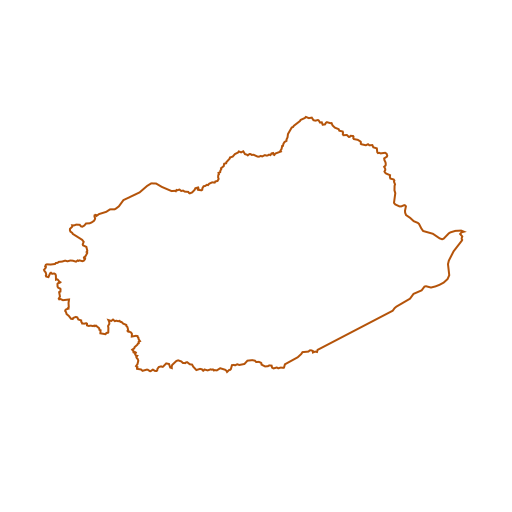 the district of Lacar, Neuquén, Argentina, rotated 332°
{"feature_id": "61730980B88853023630124", "entity_name": "Lacar", "entity_type": "district", "adm_level": 2, "iso_a3": "ARG", "parent_name": "Argentina", "parent_adm1": "Neuquén", "projection": "equal_earth", "projection_center": [-71.392, -40.311], "detail": "fine", "context": "isolated", "style": "outline", "palette": "amber", "viewbox_px": 512, "rotation_deg": 332, "n_neighbors": 0, "source": "geoboundaries", "source_scale": "gbopen_adm2", "svg_char_len": 6065}
<svg xmlns="http://www.w3.org/2000/svg" viewBox="0 0 512 512"><g transform="rotate(332 256 256)"><path d="M351.0,368.5L353.9,367.1L356.2,366.6L371.9,366.0L377.3,363.4L386.1,364.1L390.4,362.1L391.9,362.5L395.7,366.0L400.2,367.1L404.4,367.6L409.2,367.6L414.3,366.3L417.6,363.7L421.7,353.3L424.1,350.6L432.7,344.6L444.9,339.1L445.6,338.6L445.6,337.5L446.0,336.8L447.3,335.6L446.6,332.4L448.6,331.6L450.9,332.1L449.1,329.9L443.8,327.4L438.7,326.4L436.9,326.5L429.8,328.8L428.2,328.6L426.4,326.6L422.6,319.4L415.3,312.4L414.9,309.2L415.0,304.2L414.4,302.7L411.6,299.3L410.0,294.7L407.7,290.3L408.0,287.8L408.8,286.0L411.7,282.5L411.4,281.3L410.8,280.7L407.6,280.4L406.0,279.6L403.2,275.9L402.8,274.3L402.9,273.7L408.5,265.9L409.1,263.0L411.3,259.1L412.4,258.0L412.7,255.2L413.6,254.3L413.5,253.1L411.0,250.7L411.3,249.1L412.3,247.6L409.6,244.3L409.1,242.9L409.1,241.7L410.6,240.7L411.1,239.3L411.0,237.4L412.9,236.9L413.7,235.8L414.3,234.2L414.4,231.6L415.0,230.0L418.3,229.7L419.0,229.0L419.3,227.0L418.5,225.5L414.2,223.9L413.3,222.8L412.0,222.4L411.8,221.3L413.2,217.7L410.6,215.1L410.8,212.7L408.1,211.5L407.4,209.9L405.0,209.8L401.4,206.7L401.2,206.2L402.1,204.5L401.9,203.8L400.4,201.2L397.3,198.7L397.2,197.6L398.1,196.5L398.1,195.7L396.0,194.3L394.7,194.8L393.9,194.5L393.0,191.8L389.9,190.4L389.8,189.2L390.7,188.1L391.0,186.8L388.4,184.5L388.5,182.8L385.9,179.7L384.9,176.7L385.1,174.1L384.1,173.7L381.4,171.1L380.3,171.2L378.7,172.2L376.5,171.4L376.8,168.8L375.2,168.3L375.0,165.8L374.5,165.0L372.0,164.4L370.5,163.1L370.2,160.0L367.4,159.1L365.3,156.6L363.9,157.1L359.3,156.8L358.1,157.5L350.5,158.8L349.3,159.5L347.9,159.3L341.5,163.3L339.5,166.1L337.7,167.4L336.9,168.7L334.8,168.7L333.0,169.7L331.5,171.4L330.8,171.1L328.8,173.5L326.9,174.6L327.0,175.4L321.1,174.6L319.6,175.4L319.0,174.5L319.4,173.1L317.9,172.7L316.1,173.7L315.1,172.6L313.5,172.7L312.3,172.2L311.2,171.1L308.2,171.0L307.2,169.9L305.2,169.7L304.0,168.9L301.4,165.5L299.6,164.7L299.1,163.5L298.1,162.9L296.0,163.3L295.5,162.2L294.1,160.9L293.9,157.6L291.5,157.5L289.9,155.6L288.8,156.2L285.2,156.1L282.1,157.3L279.2,156.8L278.6,157.6L273.8,159.3L273.2,160.1L271.2,159.6L269.7,161.5L266.3,162.1L266.1,163.0L264.6,163.9L263.7,165.2L261.9,165.0L261.6,166.5L260.7,166.8L259.5,168.7L259.2,170.4L257.2,171.7L255.1,171.1L254.0,171.8L251.9,170.4L248.6,170.2L246.9,170.9L246.1,170.1L243.9,170.3L242.5,169.8L240.5,171.0L239.6,172.3L238.7,172.4L235.8,170.3L235.8,169.8L237.0,169.2L237.1,168.3L234.3,167.7L232.8,168.8L229.4,169.9L226.9,169.6L226.5,169.1L226.3,167.6L223.3,165.7L222.3,164.0L220.5,163.5L219.6,161.4L217.3,161.0L216.8,160.4L215.6,161.2L214.8,160.3L211.9,159.0L205.3,150.8L201.8,145.1L197.6,142.7L192.8,143.0L183.1,145.2L165.2,144.4L158.2,147.8L154.4,148.4L153.1,148.4L149.0,146.3L144.5,146.7L137.1,145.3L134.2,145.7L134.3,145.0L133.4,144.2L133.1,144.3L133.2,144.9L132.4,144.5L131.9,145.3L131.6,147.3L130.8,148.1L129.4,148.9L126.6,149.2L124.4,149.0L121.2,147.5L118.7,148.5L116.4,148.6L115.4,147.7L115.0,145.7L112.0,143.9L109.8,143.6L108.1,142.6L108.0,143.4L107.3,143.9L104.5,144.7L103.8,145.9L103.6,147.3L104.6,149.3L104.6,150.5L110.1,160.1L110.5,162.6L108.5,164.3L108.3,165.4L110.5,168.3L109.5,172.2L108.5,172.8L108.8,173.1L108.4,174.1L105.6,176.0L103.4,176.5L103.2,177.3L104.0,177.9L103.4,178.6L101.7,179.3L100.3,179.1L98.1,177.0L97.0,177.0L96.5,176.2L94.4,176.5L92.0,174.1L89.9,172.8L87.1,172.2L85.3,170.5L82.2,169.9L79.1,168.6L77.6,168.9L76.0,168.2L74.8,168.7L70.6,167.1L67.5,165.2L66.3,165.1L65.0,166.2L65.4,167.0L64.7,167.7L62.3,168.7L62.2,170.1L62.6,171.8L62.0,174.1L61.2,174.7L61.1,175.6L62.8,177.2L66.1,174.6L67.1,174.5L67.6,176.0L69.6,176.7L70.3,177.8L70.2,179.1L68.3,183.0L69.4,183.2L69.9,183.9L70.3,186.3L70.9,187.3L70.0,187.5L68.8,187.0L67.6,187.4L66.4,189.9L66.5,191.2L67.9,193.0L67.8,193.6L66.6,195.6L65.2,195.5L63.9,199.7L61.8,201.1L61.9,201.9L63.0,202.0L64.8,204.4L70.5,206.6L68.4,209.5L66.7,213.2L65.5,213.7L65.6,214.4L63.3,214.0L62.1,214.4L61.7,215.1L61.9,216.3L61.5,218.4L62.6,221.0L63.2,224.6L64.6,225.6L65.6,224.9L68.3,225.2L69.4,226.3L69.3,228.6L71.4,230.8L70.8,232.1L71.0,232.9L70.8,234.0L73.0,235.3L74.5,235.6L75.0,236.4L74.2,237.9L75.4,239.2L77.4,239.9L79.2,241.4L80.5,241.5L80.8,242.3L82.0,242.3L83.6,246.2L83.1,247.7L83.9,248.6L82.3,251.2L86.4,254.4L87.9,253.7L89.1,254.3L89.7,254.1L91.9,250.2L92.5,248.4L94.7,247.0L95.5,245.1L95.6,243.3L97.7,245.4L99.9,245.0L100.8,247.3L102.2,247.5L103.7,248.9L105.1,249.2L105.3,250.5L106.3,251.1L107.0,253.4L109.1,255.9L108.7,256.8L109.1,258.1L108.8,259.8L108.3,261.3L107.4,261.8L107.7,262.9L108.4,263.0L109.8,265.0L109.9,266.5L108.5,268.8L112.5,270.1L113.8,271.1L113.5,272.4L113.8,272.9L113.3,274.5L113.6,276.7L112.2,276.6L111.5,278.0L110.5,277.9L109.7,278.6L106.0,279.5L105.1,280.4L102.7,280.6L103.1,282.5L102.6,283.6L103.3,284.5L104.1,284.1L104.6,284.9L103.2,285.9L103.2,287.6L104.2,288.4L102.9,289.1L102.8,290.4L103.2,291.3L102.9,293.2L100.5,295.9L98.4,296.9L99.1,298.4L98.5,298.6L98.0,299.8L101.2,302.2L101.9,304.1L106.4,305.1L107.1,305.7L108.2,307.8L108.8,308.2L111.6,307.9L112.8,310.0L114.1,310.8L115.0,310.7L116.0,309.4L118.0,308.4L120.4,308.9L121.2,309.9L121.9,310.1L126.3,308.7L128.5,310.5L127.9,314.2L129.0,315.4L129.6,314.1L130.9,312.8L136.4,311.3L138.3,311.6L140.6,314.1L141.2,316.1L143.3,317.4L144.4,317.1L145.4,317.5L146.7,320.5L148.6,321.9L148.6,324.2L149.8,328.7L153.6,329.4L155.1,330.7L155.3,332.2L155.7,332.6L157.2,332.0L159.6,334.3L162.8,334.8L163.5,335.6L164.7,335.9L165.1,337.3L165.7,337.2L167.7,338.6L171.7,338.3L175.3,341.9L176.0,343.4L176.0,344.8L178.9,344.0L179.8,344.4L180.8,344.0L183.5,341.1L185.4,341.8L186.2,342.7L188.6,342.8L190.1,344.4L195.1,345.9L199.3,344.4L203.8,346.2L205.9,347.9L206.4,349.7L208.8,350.8L210.2,352.5L210.4,353.2L209.9,354.5L212.2,357.8L214.8,358.9L216.3,358.8L218.3,360.1L217.8,362.1L218.7,363.5L222.0,364.2L222.9,365.6L225.4,366.1L227.7,367.6L228.3,367.7L230.7,365.2L245.3,365.0L249.9,363.8L251.9,362.7L257.4,365.0L259.2,364.6L260.3,365.1L261.6,366.5L261.0,367.9L263.4,368.2L264.8,369.4L266.3,367.8L351.0,368.5Z" fill="none" stroke="#b45309" stroke-width="2"/></g></svg>